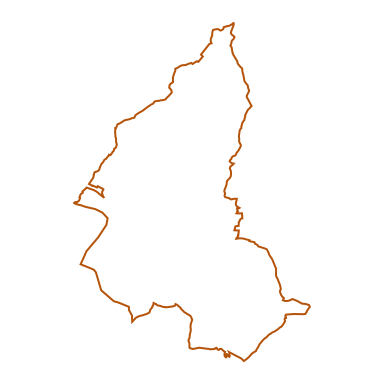 Nasaud, Bistrita-Nasaud, Romania (Natural Earth projection)
{"feature_id": "2599482B93549401170877", "entity_name": "Nasaud", "entity_type": "district", "adm_level": 2, "iso_a3": "ROU", "parent_name": "Romania", "parent_adm1": "Bistrita-Nasaud", "projection": "natural_earth1", "projection_center": [24.415, 47.298], "detail": "fine", "context": "isolated", "style": "outline", "palette": "amber", "viewbox_px": 384, "rotation_deg": 0, "n_neighbors": 0, "source": "geoboundaries", "source_scale": "gbopen_adm2", "svg_char_len": 5979}
<svg xmlns="http://www.w3.org/2000/svg" viewBox="0 0 384 384"><path d="M305.3,314.0L306.4,312.3L307.3,310.4L309.8,306.9L309.1,305.1L305.8,304.0L301.9,303.6L297.3,301.0L292.4,299.0L291.0,299.8L288.8,300.7L287.0,301.0L285.1,301.0L282.9,300.2L283.9,298.2L283.3,297.6L282.8,297.2L282.0,296.3L281.1,294.9L280.2,292.6L280.0,291.7L280.0,291.0L280.2,290.4L280.6,289.7L280.8,288.8L280.5,287.4L279.9,284.7L278.3,280.8L277.6,278.8L276.7,277.4L276.0,275.2L276.1,268.8L272.2,259.2L269.5,255.3L268.3,252.2L266.8,249.3L264.7,248.4L258.3,246.4L257.4,245.0L254.9,243.6L254.4,242.1L250.8,241.5L249.3,241.0L249.6,240.3L243.5,238.6L240.7,238.3L239.2,238.3L236.3,238.8L236.6,237.8L237.0,237.8L237.7,237.7L237.8,237.1L237.8,236.3L238.0,235.2L238.3,235.3L238.8,230.5L234.4,230.3L234.5,229.6L234.9,228.6L235.2,226.9L235.4,226.4L236.0,226.2L238.5,226.0L238.7,224.9L238.7,223.8L238.8,222.3L239.5,221.2L240.1,219.6L241.4,218.5L242.3,218.4L242.0,213.3L240.6,213.3L239.1,213.5L237.6,213.4L236.6,213.3L237.0,212.8L237.2,211.4L237.9,211.3L237.1,209.5L237.1,208.6L239.1,208.2L239.5,207.9L236.8,206.4L236.4,205.8L235.8,204.2L235.8,203.5L236.5,200.6L236.6,199.5L236.8,198.8L235.4,198.7L234.0,198.8L231.3,199.4L230.4,199.2L228.9,198.0L227.2,197.7L225.2,197.1L224.6,196.1L224.6,195.1L225.0,194.1L225.1,193.3L224.4,191.7L224.4,190.3L226.5,184.8L226.9,181.7L227.2,180.7L229.8,178.0L230.7,176.4L231.1,174.2L230.8,170.8L229.8,168.4L230.4,166.6L232.6,164.8L233.7,163.6L232.9,163.5L231.9,163.2L230.3,162.1L229.6,161.2L230.1,160.1L230.5,159.8L231.3,159.0L231.6,157.9L232.5,156.6L233.2,156.2L234.8,155.7L235.4,155.4L236.6,152.9L238.7,150.2L240.8,146.1L240.8,145.1L239.2,141.9L239.2,138.4L238.9,136.4L239.6,130.9L240.2,129.3L241.3,128.3L241.4,126.4L242.4,122.6L244.4,119.9L244.4,119.6L245.2,116.3L245.2,115.2L247.8,109.9L248.4,109.5L251.6,106.0L250.5,104.1L248.5,100.1L247.1,97.8L246.7,96.9L246.9,95.5L248.3,92.7L249.1,90.8L248.0,87.4L247.7,85.3L245.9,83.2L244.4,80.9L244.0,78.6L243.9,78.0L243.0,73.4L242.7,73.1L242.6,72.4L242.2,70.1L242.3,69.4L242.2,68.8L241.7,68.0L240.7,67.2L238.0,64.0L237.6,63.2L237.3,61.2L236.7,60.4L233.3,54.7L232.8,53.7L232.4,52.0L231.6,47.3L230.4,45.7L231.2,44.0L231.7,41.1L232.4,40.1L233.7,38.8L234.5,36.9L233.7,36.1L232.0,34.8L230.9,33.4L231.0,32.2L231.3,31.1L232.3,28.6L232.9,26.7L233.7,24.9L233.7,23.2L233.4,23.0L232.9,23.5L232.2,24.1L229.1,25.9L226.8,26.2L226.4,26.5L224.3,26.9L223.7,27.2L223.6,28.1L223.3,28.9L222.9,29.3L221.9,30.0L220.4,30.6L218.7,29.4L217.6,29.1L215.8,29.3L213.1,29.9L212.4,31.8L212.3,33.7L212.1,34.4L212.2,35.4L210.9,38.7L210.7,40.3L210.9,41.7L211.5,43.3L209.5,43.8L201.0,54.6L202.8,56.5L198.3,61.9L196.9,61.2L192.5,64.0L191.3,62.9L187.8,64.1L185.9,65.0L181.9,65.3L179.7,66.4L177.3,67.9L175.3,68.8L175.4,69.5L175.3,70.6L173.7,74.8L172.9,77.8L173.0,82.2L170.6,83.8L169.6,85.0L169.2,87.7L171.2,89.9L171.6,91.2L171.7,92.6L168.7,96.0L166.7,97.8L165.7,99.3L162.9,100.2L161.8,100.2L160.3,100.4L158.8,100.9L157.4,100.9L156.2,101.1L154.6,101.5L153.3,103.5L151.3,104.5L149.6,105.6L149.2,106.0L147.9,106.7L142.7,110.7L137.8,113.5L135.4,115.3L134.4,117.6L132.2,118.2L129.1,119.3L124.6,120.3L119.3,123.7L118.2,123.9L117.6,124.2L115.8,128.5L115.3,128.3L115.1,132.1L115.4,135.0L115.4,136.7L116.0,138.1L116.2,142.4L116.8,144.5L116.0,147.4L115.1,148.3L114.3,148.7L114.1,149.0L114.0,150.2L113.6,151.0L113.2,151.5L112.6,151.8L112.2,152.9L111.8,153.4L111.3,153.7L110.8,154.8L110.2,155.2L109.9,155.2L108.9,154.8L108.7,155.6L108.4,156.0L107.7,156.7L106.2,158.7L105.7,159.1L104.9,159.4L104.4,159.8L103.4,161.7L102.4,163.0L101.7,163.6L101.0,164.8L100.3,166.5L99.6,168.1L99.6,168.7L99.0,169.7L98.8,170.3L98.1,170.9L95.9,171.9L95.4,171.9L95.1,172.2L94.6,172.3L94.3,172.8L94.2,173.5L93.8,174.5L93.6,175.4L93.8,175.7L93.2,177.7L92.0,179.7L91.6,180.1L89.0,184.0L90.0,184.5L92.2,185.9L92.5,185.5L97.0,187.5L97.7,186.2L102.6,188.7L103.4,189.3L102.1,191.9L102.1,193.1L102.3,194.0L103.1,196.4L103.7,197.2L103.5,197.3L97.8,192.6L96.1,191.3L95.1,190.8L93.9,190.1L86.6,187.6L86.5,187.9L82.4,191.5L82.8,192.8L81.2,193.8L80.7,194.3L80.4,194.9L79.4,197.4L80.1,198.0L79.5,199.7L78.8,200.9L77.1,202.1L75.4,202.1L74.9,202.2L74.2,202.8L74.2,203.2L76.5,204.2L81.4,205.4L85.3,206.8L95.3,209.1L102.4,212.6L107.6,218.2L106.4,224.9L98.0,237.6L86.4,251.3L83.8,257.3L80.6,264.3L88.9,267.6L93.8,269.7L95.9,272.3L101.2,290.3L113.9,301.3L118.0,302.4L128.9,306.8L129.0,310.1L132.0,315.6L132.2,321.8L135.9,317.8L137.8,316.7L140.0,315.9L143.3,315.1L146.7,313.9L148.9,312.9L149.8,311.7L150.3,309.6L151.5,308.3L152.2,307.2L152.4,306.2L153.1,305.6L153.6,303.0L154.7,303.7L155.8,303.9L156.6,304.7L157.6,305.4L158.8,305.7L159.7,305.7L162.7,306.8L163.8,307.0L164.8,307.0L165.4,307.3L167.1,307.2L173.0,306.4L175.0,305.6L175.5,304.1L176.4,304.5L177.9,305.4L178.5,306.2L179.4,306.8L180.5,307.8L180.7,308.5L184.5,312.3L186.6,313.5L187.8,314.3L188.8,314.9L190.2,315.7L191.2,317.1L191.6,318.4L192.2,319.8L190.7,324.2L190.5,327.4L190.8,329.4L190.7,331.0L189.7,335.2L189.6,337.7L188.7,339.6L188.5,341.1L189.2,342.5L189.5,344.6L189.4,347.0L189.8,348.1L192.5,348.9L193.4,348.9L199.3,347.7L205.8,348.6L208.8,348.9L210.2,349.4L211.3,349.1L213.5,349.2L214.3,348.7L215.0,348.8L215.8,348.0L216.3,347.8L217.1,348.4L217.4,349.3L218.1,349.7L218.9,349.9L219.7,349.0L221.5,349.0L224.4,351.7L225.1,351.9L224.4,354.6L224.7,356.0L225.0,356.3L225.3,356.8L225.6,357.2L225.9,357.4L226.5,357.0L226.7,356.6L226.5,356.0L226.5,355.3L226.5,354.4L226.7,354.1L227.1,354.2L227.2,354.5L227.9,355.5L228.6,356.3L229.4,356.8L229.8,355.9L229.4,354.4L229.3,353.9L229.5,352.9L229.1,352.1L241.3,358.5L242.4,359.5L243.8,361.0L245.9,359.6L249.2,356.8L249.9,355.8L251.2,354.5L252.1,353.4L254.1,352.1L255.9,351.1L256.4,349.8L258.3,346.8L259.5,344.3L262.9,340.2L265.0,338.2L266.3,337.4L269.0,334.6L270.8,333.6L272.2,332.5L274.9,331.3L277.7,329.4L280.5,327.0L281.3,326.8L282.4,325.4L283.4,324.0L284.1,322.7L285.1,321.2L284.6,319.6L284.9,318.2L286.0,318.0L285.8,316.7L285.3,315.8L286.1,314.6L293.9,314.0L302.9,314.2L305.3,314.0Z" fill="none" stroke="#b45309" stroke-width="2"/></svg>